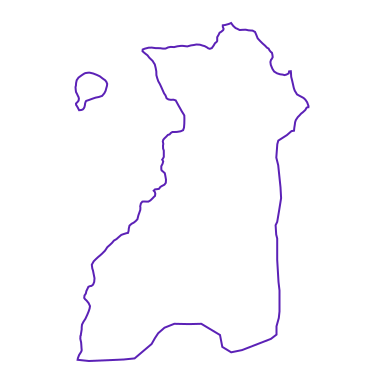 Vermali, Shefa, Vanuatu (Robinson projection)
{"feature_id": "77236927B83961897513760", "entity_name": "Vermali", "entity_type": "district", "adm_level": 2, "iso_a3": "VUT", "parent_name": "Vanuatu", "parent_adm1": "Shefa", "projection": "robinson", "projection_center": [168.163, -16.618], "detail": "fine", "context": "isolated", "style": "outline", "palette": "violet", "viewbox_px": 384, "rotation_deg": 0, "n_neighbors": 0, "source": "geoboundaries", "source_scale": "gbopen_adm2", "svg_char_len": 4385}
<svg xmlns="http://www.w3.org/2000/svg" viewBox="0 0 384 384"><path d="M294.0,130.7L294.3,127.8L294.8,124.7L295.1,122.3L295.8,120.1L297.8,117.1L299.5,115.4L301.1,113.6L302.8,112.3L305.3,110.0L306.6,107.7L307.7,107.2L308.4,107.2L308.5,106.1L307.8,104.1L307.1,102.2L305.3,99.6L303.6,98.0L301.8,97.0L299.5,95.8L297.0,94.4L295.7,92.2L294.8,90.8L293.9,88.3L293.5,86.7L293.1,84.8L292.0,80.0L291.2,76.9L291.0,73.6L291.0,73.0L290.8,71.2L289.1,71.4L288.7,73.4L286.4,74.6L285.3,74.9L284.5,75.1L282.7,74.6L280.1,74.3L277.0,73.3L274.1,71.5L272.4,68.8L270.8,64.9L270.4,62.0L271.0,59.9L272.0,58.6L272.7,57.1L272.4,54.7L271.9,52.7L270.8,51.9L269.5,50.3L268.6,48.6L267.0,47.7L265.0,45.6L262.5,43.4L260.3,41.2L257.7,38.4L256.1,34.4L255.0,31.9L253.8,31.3L252.6,30.6L250.8,30.5L248.4,30.3L245.7,29.7L242.7,29.8L239.8,30.0L239.6,30.0L237.3,28.8L235.6,28.1L233.2,25.9L231.8,24.0L231.1,23.0L229.8,23.6L228.4,24.1L226.9,24.5L225.1,25.0L222.8,25.3L222.8,26.8L223.6,28.9L223.4,29.4L223.2,30.1L221.4,31.6L221.0,31.9L219.6,32.7L218.6,34.8L217.2,37.2L217.2,40.9L216.9,41.4L216.5,42.0L215.0,43.2L213.6,45.6L211.8,48.1L209.8,48.8L208.2,48.3L207.0,47.4L204.6,46.1L202.3,45.5L201.8,45.3L199.9,44.7L196.4,44.5L193.9,45.0L191.0,45.4L187.3,46.4L185.5,46.2L183.1,45.9L180.7,45.9L177.4,46.3L174.1,47.1L170.7,46.9L168.1,47.4L166.2,48.3L165.3,48.6L162.9,48.6L160.2,48.2L155.5,48.1L153.9,47.9L151.8,47.6L148.6,47.7L144.7,48.7L142.7,49.5L142.5,51.2L143.6,52.2L145.4,53.7L147.5,55.3L149.3,57.7L152.6,60.9L154.0,63.2L154.8,64.4L155.7,68.1L156.3,71.4L156.4,75.2L157.2,78.1L158.3,81.3L159.9,84.1L161.3,87.1L162.8,90.5L164.1,93.4L165.5,95.4L166.6,98.3L168.4,99.4L170.6,99.8L171.2,99.8L173.5,99.7L175.7,100.4L176.8,102.4L178.6,105.7L180.1,108.3L181.7,111.2L183.7,114.4L184.3,115.5L184.4,118.9L184.3,123.7L184.0,127.6L183.1,130.2L180.6,131.3L177.0,131.9L174.7,132.0L174.3,132.0L172.4,132.0L170.8,133.0L169.6,134.4L167.9,134.9L166.3,136.6L164.5,138.3L163.3,139.7L162.8,141.4L163.3,143.9L163.0,145.6L163.1,148.6L163.8,150.6L163.8,152.9L163.8,154.7L163.8,156.9L162.9,158.7L162.2,159.6L163.2,161.4L162.6,163.7L161.3,166.2L161.3,169.2L161.6,170.4L163.3,171.8L163.5,172.0L164.8,173.2L165.3,175.7L166.0,179.7L165.8,182.8L164.4,184.7L161.7,186.1L160.3,187.0L159.0,188.8L158.8,188.9L156.7,189.2L155.0,189.4L153.7,190.7L154.8,191.9L155.3,193.7L155.0,195.9L153.7,197.1L152.5,198.4L150.4,200.4L148.4,201.6L147.2,201.6L146.3,201.6L144.3,201.5L142.4,201.6L140.9,203.4L140.6,204.7L140.2,206.3L140.4,207.5L140.3,209.9L139.4,212.5L138.4,215.3L137.4,219.3L136.4,220.3L135.8,221.0L133.8,222.6L132.9,223.1L131.7,223.7L129.5,225.6L128.8,228.5L128.6,230.8L128.0,232.9L126.4,233.2L123.8,234.0L121.3,234.9L118.5,237.3L116.5,239.1L114.6,240.2L113.9,240.6L112.1,242.8L109.7,245.1L109.2,245.5L107.3,247.2L105.0,250.7L101.9,253.8L100.0,255.5L98.4,256.8L95.9,259.1L93.7,261.3L91.8,264.7L92.3,268.5L93.0,270.6L93.6,273.7L94.5,278.2L94.5,278.4L94.2,281.9L93.1,284.6L91.5,285.9L90.1,286.1L88.4,286.8L87.7,288.3L86.4,291.0L85.8,293.6L84.5,295.5L84.2,297.9L84.9,299.0L86.6,300.6L88.6,303.1L90.0,306.1L89.6,308.5L88.7,311.3L87.3,314.7L85.4,318.8L83.5,321.7L82.0,324.6L81.7,327.3L81.7,329.4L81.3,331.8L80.9,334.3L80.8,335.4L80.4,336.0L80.4,337.1L80.3,338.7L80.7,340.6L81.1,342.3L81.3,344.8L81.5,347.9L81.7,350.1L81.3,351.5L80.4,353.0L79.1,355.0L77.9,358.2L77.6,359.8L88.9,361.0L108.3,360.2L123.7,359.5L134.6,358.4L151.6,344.0L154.9,338.2L158.2,333.2L164.5,327.7L174.3,323.8L189.1,324.1L201.3,323.8L220.0,335.0L222.3,346.9L231.2,352.3L242.0,350.1L270.9,338.9L276.5,334.6L276.5,326.3L278.8,318.0L279.5,311.5L279.5,294.1L279.5,290.5L278.5,281.9L277.2,259.9L277.2,249.4L277.2,243.9L277.2,238.5L276.2,234.6L275.6,225.2L277.2,221.9L279.2,210.0L281.1,198.1L280.5,187.3L278.2,165.2L276.3,157.6L277.3,144.2L278.3,140.6L286.9,135.1L291.5,131.1L294.0,130.7ZM88.3,72.7L87.4,72.8L85.3,73.1L83.9,73.8L81.5,75.4L78.5,77.6L76.7,80.2L76.1,83.0L75.9,85.7L75.5,87.1L75.7,89.6L76.0,92.0L77.2,94.3L77.4,94.8L77.9,95.9L78.5,97.0L78.9,98.6L78.6,100.6L77.5,102.0L76.0,103.5L76.1,104.9L76.9,106.1L77.9,107.8L79.1,110.2L80.3,110.1L81.7,109.9L83.0,109.3L83.8,108.3L84.4,107.2L84.9,105.2L85.1,103.5L85.6,101.9L85.8,101.5L86.2,100.9L87.4,100.5L89.2,99.9L90.8,99.3L93.3,98.4L95.7,97.6L98.8,97.0L102.1,95.9L104.3,93.3L105.6,90.8L106.2,88.5L106.9,86.1L107.2,83.9L106.4,81.9L105.2,80.3L102.5,78.4L99.8,76.3L96.8,74.9L93.2,73.5L89.8,72.7L88.3,72.7Z" fill="none" stroke="#5b21b6" stroke-width="2"/></svg>